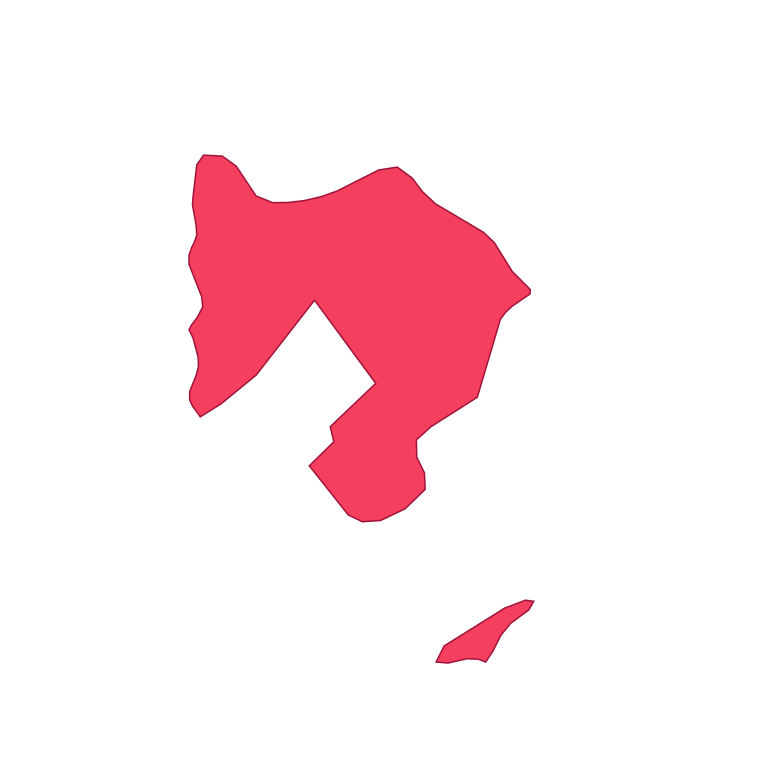 an SVG outline of Basilan, rotated 238°
{"feature_id": "PHL-2519", "entity_name": "Basilan", "entity_type": "Province", "adm_level": 1, "iso_a3": "PHL", "parent_name": "Philippines", "parent_adm1": "", "projection": "equal_earth", "projection_center": [121.999, 6.573], "detail": "fine", "context": "isolated", "style": "filled", "palette": "rose", "viewbox_px": 768, "rotation_deg": 238, "n_neighbors": 0, "source": "natural_earth", "source_scale": "10m", "svg_char_len": 1082}
<svg xmlns="http://www.w3.org/2000/svg" viewBox="0 0 768 768"><g transform="rotate(238 384 384)"><path d="M453.5,210.8L467.0,209.9L473.5,210.8L480.5,215.1L491.2,229.7L497.2,236.0L505.3,240.6L524.4,246.5L533.3,247.4L535.9,251.7L539.7,261.5L545.5,271.2L554.5,275.6L588.9,282.1L596.8,287.1L601.6,293.2L605.3,299.1L609.4,304.0L617.7,308.6L637.4,316.5L644.0,321.3L669.1,341.4L673.7,352.3L663.0,367.6L647.1,374.1L611.3,375.2L596.8,385.6L588.7,399.0L581.7,413.8L576.3,429.6L572.6,446.1L568.3,493.0L560.9,510.2L543.7,517.0L526.4,518.6L509.4,523.2L460.0,548.7L445.5,552.5L411.7,552.4L386.6,558.1L383.0,555.6L382.1,534.0L380.3,524.9L377.2,517.0L323.3,456.1L322.9,401.2L319.4,381.8L304.5,373.0L287.2,371.2L272.8,363.1L267.0,335.8L270.0,308.9L278.7,292.6L291.9,284.3L354.2,277.3L361.6,310.8L376.3,315.8L388.9,377.3L491.9,369.5L459.3,280.4L453.5,235.1L453.5,210.8ZM130.0,296.2L130.0,367.6L125.7,389.4L120.4,395.8L115.7,387.3L113.9,364.5L109.0,350.1L99.8,334.9L94.3,322.9L100.7,318.1L107.2,308.4L113.4,290.5L120.6,280.8L130.0,296.2Z" fill="#f43f5e" stroke="#9f1239" stroke-width="1.5"/></g></svg>